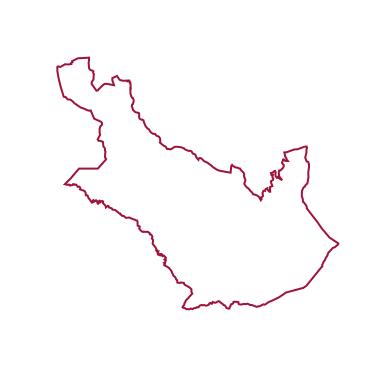 La Perla, Veracruz, Mexico (Albers equal-area conic projection), rotated 189°
{"feature_id": "50627088B27528347221252", "entity_name": "La Perla", "entity_type": "district", "adm_level": 2, "iso_a3": "MEX", "parent_name": "Mexico", "parent_adm1": "Veracruz", "projection": "albers", "projection_center": [-97.171, 18.982], "detail": "fine", "context": "isolated", "style": "outline", "palette": "rose", "viewbox_px": 384, "rotation_deg": 189, "n_neighbors": 0, "source": "geoboundaries", "source_scale": "gbopen_adm2", "svg_char_len": 6032}
<svg xmlns="http://www.w3.org/2000/svg" viewBox="0 0 384 384"><g transform="rotate(189 192 192)"><path d="M85.8,254.8L87.8,254.4L94.7,250.6L97.5,250.1L104.7,246.1L107.0,245.5L105.2,241.1L104.3,240.5L103.8,239.2L102.2,237.6L104.1,237.4L105.4,237.6L106.6,238.6L107.1,238.4L107.6,234.7L105.5,232.8L105.4,231.8L105.9,230.1L108.0,227.1L109.3,226.9L109.3,224.0L108.7,222.5L108.5,221.2L104.8,217.9L106.0,218.2L108.9,219.5L109.6,220.3L110.3,219.3L111.8,220.5L112.4,222.5L112.5,224.8L113.2,225.8L113.8,225.7L115.4,223.7L117.0,223.1L116.2,221.3L114.8,221.6L115.0,219.3L113.7,217.8L113.9,216.6L115.8,214.9L115.3,213.6L113.5,210.5L115.8,209.0L114.8,204.5L115.4,204.3L116.9,205.5L118.0,206.7L118.2,207.5L119.8,206.3L119.9,204.6L121.6,204.4L122.2,202.1L121.3,199.4L121.5,198.7L122.7,197.7L122.1,195.8L122.7,194.6L124.8,197.3L126.2,198.3L127.4,198.8L130.3,199.4L131.1,199.2L131.7,199.6L132.4,200.9L134.1,201.9L136.8,204.3L138.1,204.9L140.1,206.4L141.7,208.4L141.1,211.5L141.6,213.4L142.6,214.4L142.7,215.2L143.3,216.1L143.1,216.9L143.3,217.7L144.1,219.2L147.4,221.5L148.2,222.7L149.5,222.7L150.7,223.1L153.5,223.1L154.0,223.7L154.7,223.7L155.8,224.2L156.7,225.0L157.3,224.0L156.9,217.1L167.9,217.3L170.5,217.8L175.3,219.9L176.8,221.0L181.4,223.4L184.7,224.3L188.2,226.7L189.5,226.8L190.6,226.2L190.7,224.8L193.0,226.6L193.7,228.2L195.2,229.8L197.3,230.1L198.8,232.1L200.0,232.4L201.9,232.1L204.2,232.6L206.2,233.3L206.6,233.8L209.8,234.5L214.7,234.3L216.4,233.7L219.8,230.7L220.8,230.9L223.4,230.6L224.5,232.1L225.6,232.9L227.4,233.4L231.5,235.8L231.2,236.6L231.9,239.9L233.3,241.5L235.8,242.0L237.6,243.6L238.9,243.4L240.5,243.7L242.5,244.9L244.1,247.0L246.0,247.9L248.1,249.7L250.5,253.6L251.1,255.2L252.4,255.7L253.0,255.5L254.2,255.7L255.1,256.2L256.0,257.6L256.3,260.7L256.7,261.6L257.7,261.9L258.3,261.7L260.9,262.2L261.9,263.1L263.1,263.7L263.7,265.3L264.9,267.1L264.8,269.1L264.0,269.9L263.9,273.3L265.0,275.5L266.0,275.8L266.8,276.8L268.2,279.6L269.1,284.8L268.7,284.8L269.9,290.1L270.4,290.0L270.8,291.5L272.7,291.3L272.3,292.1L277.5,291.1L280.3,291.3L281.3,291.7L284.2,294.9L288.5,292.1L288.2,290.0L285.7,285.3L292.9,285.5L295.2,285.1L296.5,283.9L300.3,278.8L300.9,277.6L302.2,277.1L308.1,283.1L308.2,285.1L306.9,287.7L307.4,291.7L307.2,292.4L307.6,293.5L308.3,294.2L308.3,295.9L312.0,296.9L313.0,298.1L314.3,303.3L314.4,307.0L314.7,308.6L325.6,306.2L330.9,302.5L330.4,301.3L331.5,300.6L331.2,299.5L334.6,298.5L337.4,298.3L341.7,294.8L343.7,295.2L344.6,294.5L343.8,290.0L341.4,283.1L338.3,275.7L333.6,266.0L331.6,266.0L329.4,264.0L326.6,264.2L324.1,262.9L321.9,261.2L315.0,258.0L311.4,257.4L308.2,256.4L306.2,256.2L304.8,256.7L300.1,249.1L292.7,247.1L292.0,246.4L291.6,245.8L291.5,244.3L292.8,242.4L293.1,240.1L292.6,236.3L291.7,234.1L293.4,229.2L292.7,228.7L292.4,228.0L290.9,228.1L287.9,227.7L286.6,223.1L285.1,221.8L284.7,220.9L284.5,219.4L283.7,218.1L283.8,216.4L283.3,212.5L282.9,212.4L282.0,210.8L288.6,200.4L307.3,197.4L313.8,186.7L318.8,179.8L316.6,179.6L314.6,180.1L313.9,179.4L313.4,179.3L313.0,179.8L312.7,179.6L310.9,180.2L310.6,181.2L309.4,181.2L308.9,180.8L308.4,181.1L307.4,181.0L305.6,179.2L304.4,179.7L303.1,178.9L302.8,177.6L303.0,177.1L299.4,176.5L297.9,175.9L296.7,174.0L296.3,172.1L295.1,172.3L294.5,172.1L293.2,169.7L291.3,168.1L289.4,165.9L288.8,166.0L288.3,166.4L288.9,167.3L288.1,168.6L287.4,168.3L286.7,167.4L286.3,167.7L285.7,168.7L285.2,168.8L284.5,168.3L283.4,165.8L282.8,165.7L282.4,166.2L282.7,167.8L282.1,169.0L281.5,168.8L281.3,167.9L280.9,167.6L280.1,168.7L279.2,169.1L278.4,168.8L278.2,167.1L275.8,165.3L274.9,164.3L274.6,163.3L272.9,165.2L272.3,165.1L271.4,163.7L268.7,163.3L267.8,162.2L265.1,162.2L260.1,159.3L259.5,159.5L258.8,158.4L258.3,158.4L257.2,157.5L255.6,157.6L253.2,156.1L250.0,157.0L245.6,155.8L244.3,155.8L243.0,155.2L241.9,155.3L241.2,154.3L240.4,150.2L238.3,149.8L238.1,149.5L238.5,147.6L235.8,145.4L235.3,145.1L233.9,144.9L233.3,145.4L232.4,145.2L229.2,145.8L228.3,145.1L227.3,144.8L227.0,143.6L225.6,143.5L224.3,142.0L224.1,141.2L224.4,139.9L223.0,138.6L222.7,136.8L222.9,135.1L222.4,134.3L219.5,131.7L217.8,129.4L218.2,128.7L217.4,127.9L217.0,128.2L216.6,127.1L216.5,127.5L215.9,127.9L215.9,125.0L214.7,124.7L215.1,125.4L214.3,125.3L214.1,125.6L212.9,125.0L212.8,125.9L212.4,126.0L211.2,124.4L210.8,124.9L209.8,124.7L209.9,124.3L208.5,123.8L207.5,123.0L208.0,122.1L207.6,121.6L208.5,120.9L207.2,120.2L207.5,118.7L208.4,117.8L207.6,117.6L207.9,116.7L207.5,116.5L207.9,115.4L203.1,113.6L199.5,110.3L199.3,109.4L197.7,107.4L197.4,106.5L195.3,105.3L193.8,103.0L192.9,102.6L192.3,100.2L189.6,100.3L188.8,100.9L185.8,101.0L185.0,99.4L179.6,97.4L177.4,95.9L176.8,92.9L175.8,91.7L178.7,87.4L179.1,86.4L180.1,85.5L181.3,83.4L181.4,82.3L182.1,80.9L182.0,79.3L183.0,77.8L183.3,76.7L182.4,76.3L181.1,76.3L179.3,75.4L176.0,75.8L175.2,76.7L173.1,76.4L172.2,77.3L169.8,78.3L169.2,79.0L168.1,78.9L167.2,79.6L166.8,80.8L164.9,81.9L163.5,81.8L162.5,82.3L160.8,81.9L159.4,82.2L157.7,83.5L157.5,84.6L156.6,85.3L155.7,85.3L155.4,84.7L154.8,84.8L154.6,85.0L154.3,86.6L152.3,86.2L151.3,86.4L148.6,88.4L148.0,88.3L145.3,86.6L144.4,86.4L143.3,85.3L142.2,85.3L141.1,84.5L139.8,82.8L137.9,82.5L136.8,82.8L136.7,84.2L136.2,85.1L136.1,86.7L135.8,87.2L134.3,88.0L133.9,88.8L133.9,89.8L133.1,90.3L131.4,90.3L130.7,90.6L129.0,90.5L128.6,89.1L128.2,88.6L126.8,88.4L125.0,88.8L123.5,89.6L122.0,89.5L119.9,90.3L118.1,90.0L117.1,89.5L115.0,89.8L114.4,89.5L110.0,88.7L108.2,89.7L107.5,89.6L104.0,92.2L102.4,92.1L99.1,95.3L95.4,97.5L90.0,101.3L86.3,104.6L83.5,107.4L67.1,114.7L64.4,117.2L52.2,138.3L51.6,138.9L52.0,140.2L50.9,144.2L50.1,145.6L49.5,147.9L48.3,150.5L48.2,152.0L47.8,153.3L44.3,158.7L42.2,159.9L40.1,162.4L39.4,163.4L39.4,164.1L49.0,168.5L58.2,176.4L63.3,181.8L76.1,193.8L76.2,195.0L77.2,196.6L80.1,199.4L80.8,199.6L81.4,202.1L83.0,205.4L83.5,209.6L83.3,211.5L82.4,214.2L81.4,214.9L81.1,216.2L79.4,218.5L79.3,225.1L79.9,227.6L80.3,230.8L80.3,235.1L80.8,237.6L81.9,239.9L83.4,240.1L84.0,240.7L85.6,243.8L85.1,248.7L85.6,251.8L85.3,253.6L85.8,254.8Z" fill="none" stroke="#9f1239" stroke-width="2"/></g></svg>